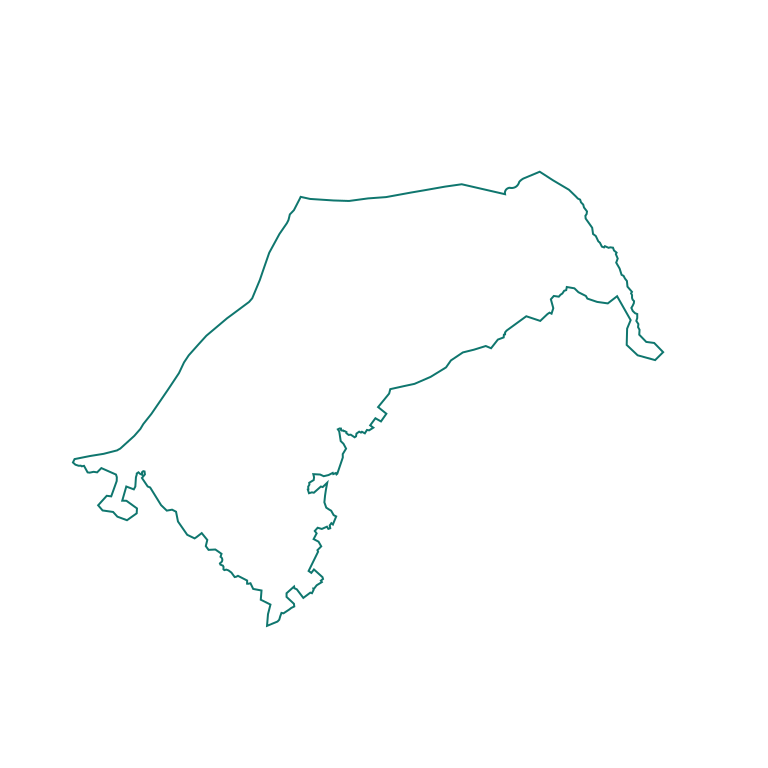 the district of Tell Abiad, Ar Raqqah, Syria, rotated 305°
{"feature_id": "27442178B34075692761550", "entity_name": "Tell Abiad", "entity_type": "district", "adm_level": 2, "iso_a3": "SYR", "parent_name": "Syria", "parent_adm1": "Ar Raqqah", "projection": "orthographic", "projection_center": [39.333, 36.35], "detail": "fine", "context": "isolated", "style": "outline", "palette": "teal", "viewbox_px": 768, "rotation_deg": 305, "n_neighbors": 0, "source": "geoboundaries", "source_scale": "gbopen_adm2", "svg_char_len": 5674}
<svg xmlns="http://www.w3.org/2000/svg" viewBox="0 0 768 768"><g transform="rotate(305 384 384)"><path d="M118.8,426.9L128.3,433.0L130.8,433.4L134.3,432.2L137.7,431.3L138.5,433.2L145.1,435.8L147.4,436.5L150.3,438.1L152.3,436.3L153.7,426.3L156.7,424.2L166.5,426.5L165.3,427.8L165.8,430.3L162.5,440.6L170.8,443.3L171.3,445.0L175.0,444.4L175.9,443.4L176.4,444.1L180.5,444.3L186.1,446.7L186.7,445.1L189.3,445.9L190.5,444.4L191.9,433.0L187.6,432.8L187.6,429.5L208.8,426.2L209.7,424.8L215.0,425.7L217.3,420.8L216.6,415.3L223.0,414.5L223.9,411.6L228.2,412.1L229.6,416.2L234.4,419.1L233.4,421.5L235.0,422.7L237.1,420.6L238.1,420.7L239.8,420.7L239.6,422.7L248.1,420.8L247.7,418.0L249.9,413.4L249.7,411.3L249.6,407.6L252.9,403.0L258.8,399.7L264.0,397.1L270.6,394.1L264.4,392.9L263.8,391.1L254.7,388.9L253.9,387.1L251.5,385.2L253.9,382.1L254.4,382.4L256.4,380.8L258.8,380.6L260.2,379.4L265.0,381.5L267.5,380.2L269.6,377.8L273.2,383.6L273.9,387.5L277.6,390.8L281.8,393.0L281.1,394.1L283.4,395.6L282.7,396.9L283.7,397.2L300.2,392.4L302.9,390.4L309.3,390.0L311.8,385.1L312.4,381.3L319.5,374.5L320.4,372.2L322.1,373.1L322.8,374.3L321.7,375.1L321.7,376.4L322.5,377.1L322.4,378.2L322.8,378.6L323.1,380.8L322.2,381.3L322.0,384.2L323.4,385.8L323.5,390.5L325.1,391.1L327.6,389.9L330.7,391.0L331.0,393.0L332.2,393.3L332.6,396.6L336.6,396.4L337.5,398.4L342.1,400.3L342.2,396.4L351.0,396.6L351.6,403.0L361.0,403.0L361.7,392.4L379.1,393.7L383.4,392.1L394.3,402.1L401.6,408.9L416.6,418.1L433.2,425.3L441.7,425.3L455.1,430.5L463.7,438.0L473.5,445.6L474.7,451.2L485.7,451.8L490.8,455.3L493.2,453.9L494.1,454.7L495.7,453.6L498.1,453.8L521.1,461.7L525.3,475.8L535.1,477.8L537.4,478.7L537.7,480.9L543.2,479.2L549.1,472.1L553.5,472.6L555.8,477.1L558.4,477.4L560.4,478.2L563.7,478.1L565.4,479.4L568.3,478.1L571.6,485.1L570.7,490.6L571.9,498.9L570.6,501.6L573.5,511.5L578.4,521.1L589.6,524.6L577.8,549.4L568.8,551.4L555.2,560.4L553.0,575.3L559.1,592.4L570.2,594.4L572.6,581.8L568.9,574.7L570.8,564.8L575.0,562.2L576.3,559.5L579.0,558.0L580.4,554.5L583.3,553.6L586.6,551.3L586.0,549.1L586.5,545.9L588.2,543.0L590.7,542.8L593.5,542.3L595.3,541.3L595.7,539.3L596.8,537.8L599.1,536.2L600.0,534.4L601.7,534.3L603.4,527.6L607.7,523.9L608.6,520.9L610.0,518.2L609.7,516.0L613.7,510.8L616.6,504.6L620.8,503.5L623.4,499.4L625.0,499.2L625.3,495.8L627.0,493.4L625.7,490.9L624.4,489.9L623.6,485.9L622.1,485.9L621.5,483.7L623.6,479.8L623.8,477.7L626.7,472.6L626.8,469.2L631.4,464.9L635.2,454.3L637.3,452.5L639.4,452.5L641.8,451.3L643.3,446.6L645.2,444.3L645.8,441.2L647.5,438.9L647.1,436.4L647.7,433.5L649.2,424.1L647.8,405.6L647.2,389.8L632.2,380.3L632.0,380.2L631.8,380.1L631.5,380.0L631.2,379.9L630.8,379.7L630.6,379.6L630.3,379.5L630.1,379.5L629.9,379.4L629.6,379.3L629.4,379.3L629.0,379.2L628.9,379.1L628.6,379.1L628.4,379.0L628.1,379.0L627.9,379.0L627.6,378.9L627.2,378.9L626.8,378.9L626.6,379.0L626.4,379.1L626.0,379.2L625.9,379.2L625.7,379.2L625.3,379.3L625.1,379.3L624.8,379.4L624.7,379.4L624.4,379.4L624.0,379.4L623.6,379.4L623.4,379.4L623.2,379.4L622.8,379.3L622.6,379.3L622.5,379.2L622.2,379.2L621.9,379.1L621.6,379.0L621.3,378.9L621.2,378.9L620.9,378.7L620.7,378.7L620.4,378.5L620.2,378.4L619.9,378.2L619.5,377.9L619.3,377.8L619.1,377.6L618.8,377.3L618.7,377.2L618.4,376.9L618.1,376.6L617.9,376.3L617.7,376.0L617.6,375.8L617.5,375.7L617.4,375.5L617.3,375.3L617.1,375.1L617.1,374.9L617.0,374.7L616.9,374.6L616.8,374.4L616.7,374.2L616.4,374.0L616.3,373.8L616.1,373.7L615.8,373.5L615.7,373.4L615.3,373.2L615.1,373.0L614.9,373.0L614.7,372.9L614.4,372.8L614.2,372.7L613.9,372.6L613.7,372.6L613.3,372.5L613.0,372.5L612.7,372.5L612.4,372.5L612.1,372.6L611.9,372.6L611.7,372.6L611.3,372.8L611.2,372.8L610.8,372.9L610.6,373.0L610.4,373.1L610.2,373.2L610.1,373.3L609.8,373.5L609.5,373.7L609.4,373.9L609.3,374.0L609.1,374.1L608.9,374.3L592.2,333.1L580.7,320.8L566.2,306.3L556.4,296.4L538.3,278.5L526.9,264.5L513.9,250.4L505.4,237.4L493.2,217.3L489.5,208.4L487.2,208.8L474.7,210.5L468.9,209.6L466.4,210.6L463.5,211.7L460.1,212.2L447.0,212.3L425.7,214.7L407.4,219.9L398.1,222.6L378.6,226.9L373.8,226.4L353.3,219.6L347.7,217.7L346.9,217.5L334.8,214.3L321.7,210.8L309.9,209.3L295.5,207.6L287.0,207.8L275.3,209.8L259.2,210.2L254.6,210.3L226.1,210.6L213.1,209.8L207.5,210.2L198.2,209.2L179.8,205.0L177.6,203.9L176.6,203.5L166.0,194.4L156.6,184.7L153.9,182.1L145.0,173.6L141.3,174.2L140.9,177.5L141.9,180.8L143.2,182.5L143.2,183.6L144.9,185.2L141.6,191.9L142.6,193.8L145.5,196.5L147.1,199.7L153.0,200.7L156.1,216.4L154.4,218.6L151.2,220.7L135.5,225.0L133.4,221.0L120.7,219.4L119.0,226.0L123.8,235.5L122.4,241.7L125.0,251.6L136.2,255.6L140.4,253.0L140.6,240.0L138.3,236.5L152.2,231.7L154.2,239.5L157.4,239.1L165.3,234.3L168.0,233.4L168.9,232.8L170.8,233.5L170.5,235.8L170.9,238.0L172.9,236.4L174.5,236.8L175.0,238.0L172.8,240.0L168.2,239.6L164.5,249.2L165.1,251.8L156.9,270.9L155.7,278.7L159.5,282.5L160.1,286.9L153.2,294.1L151.4,299.0L147.6,309.3L148.9,317.4L150.9,318.2L157.3,320.2L154.9,328.7L149.0,331.0L147.5,335.4L151.7,340.8L151.7,348.3L148.7,349.2L148.7,349.4L148.7,349.5L148.7,349.9L148.7,350.0L148.6,350.4L148.6,350.5L148.5,350.8L148.4,351.0L148.2,351.4L148.1,351.5L147.9,351.8L147.6,352.1L147.4,352.3L147.2,352.4L147.1,352.5L146.9,352.6L146.7,352.7L146.4,352.8L146.2,352.9L145.8,353.0L145.6,353.0L145.4,353.0L145.2,353.0L144.9,353.0L144.7,353.0L144.5,352.9L144.4,352.9L144.2,352.8L144.0,352.7L142.9,352.5L142.2,353.6L142.8,356.2L142.2,357.4L140.1,358.8L140.0,360.0L141.5,361.3L142.1,363.5L142.0,367.2L140.2,372.4L141.5,373.6L143.1,374.4L144.5,384.6L141.9,386.4L142.5,387.4L144.2,388.9L141.1,394.4L144.6,402.1L136.6,406.8L138.2,417.5L128.9,421.0L118.8,426.9Z" fill="none" stroke="#0f766e" stroke-width="2"/></g></svg>